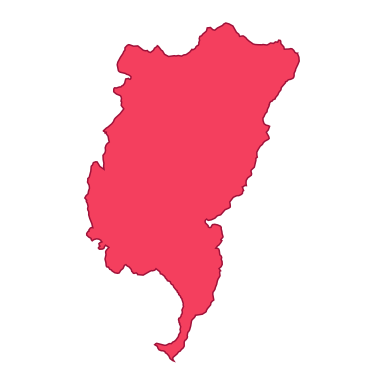 the district of Rastolita, Mures, Romania
{"feature_id": "2599482B10826612307233", "entity_name": "Rastolita", "entity_type": "district", "adm_level": 2, "iso_a3": "ROU", "parent_name": "Romania", "parent_adm1": "Mures", "projection": "mercator", "projection_center": [25.011, 47.006], "detail": "fine", "context": "isolated", "style": "filled", "palette": "rose", "viewbox_px": 384, "rotation_deg": 0, "n_neighbors": 0, "source": "geoboundaries", "source_scale": "gbopen_adm2", "svg_char_len": 5932}
<svg xmlns="http://www.w3.org/2000/svg" viewBox="0 0 384 384"><path d="M173.9,361.0L172.9,359.5L172.8,358.0L173.2,357.2L177.0,354.0L178.5,351.9L180.3,351.0L181.2,349.7L183.3,347.8L184.2,346.1L184.2,342.0L185.0,340.3L186.0,339.7L187.1,338.1L187.5,336.8L187.2,335.5L187.8,332.3L188.6,331.6L189.6,329.9L190.7,326.0L191.5,321.0L192.0,319.9L194.5,317.4L195.2,316.3L195.4,315.3L202.3,314.2L205.5,312.2L206.2,311.6L206.3,310.7L207.4,308.7L210.6,304.9L210.9,302.8L212.2,301.2L213.8,300.0L212.8,294.5L212.9,292.4L214.9,289.4L215.4,287.4L216.6,284.5L217.4,280.8L217.9,279.4L220.0,275.8L219.6,272.2L219.9,271.1L220.6,270.8L219.0,268.6L221.1,266.7L222.2,264.5L222.1,261.6L221.2,259.1L221.7,257.8L221.4,256.5L220.8,255.6L219.8,254.8L219.3,250.8L218.8,249.2L217.7,248.4L215.8,248.2L217.5,245.9L218.8,245.1L220.9,242.4L221.9,240.6L221.0,240.1L220.8,239.6L222.9,237.2L223.0,236.6L222.1,233.6L221.9,231.7L221.2,228.9L221.2,227.3L220.5,226.2L217.6,224.9L214.7,224.3L212.6,224.6L212.0,225.3L210.9,227.4L209.6,227.6L208.3,226.9L208.1,225.6L205.4,222.9L205.1,221.5L205.3,220.3L206.6,219.1L208.2,220.4L211.3,219.8L214.9,218.2L217.4,215.7L220.7,214.8L225.1,209.7L228.7,208.2L230.1,207.2L230.3,206.3L230.1,204.0L229.7,202.0L233.3,197.3L236.7,195.7L238.9,195.6L240.9,194.7L242.4,193.5L242.6,191.7L243.0,191.0L243.6,190.6L242.3,187.0L243.5,186.6L244.5,185.5L246.4,185.6L246.0,183.2L246.2,180.4L247.8,177.8L251.3,175.2L251.6,173.9L251.0,171.1L251.2,170.1L254.3,167.2L255.9,160.4L255.9,158.3L257.3,157.2L256.9,155.4L256.8,152.2L258.1,149.6L260.2,146.2L262.4,144.4L263.4,142.6L264.9,141.2L268.4,139.3L269.2,138.3L268.7,136.5L266.3,132.2L268.3,129.9L269.6,126.3L268.1,125.6L266.3,125.2L264.4,124.0L263.8,123.0L263.0,120.4L263.0,118.0L264.0,116.6L264.9,114.4L266.1,112.7L267.0,111.9L267.2,110.2L267.6,108.9L268.8,106.6L269.2,105.2L269.1,104.4L269.5,104.2L269.7,102.7L271.0,101.4L272.0,101.2L273.0,99.9L275.3,98.8L275.3,97.9L277.9,94.7L278.8,92.5L280.9,89.9L281.3,87.6L285.4,82.8L285.6,81.7L286.8,81.4L288.3,79.8L290.7,79.3L292.9,78.3L293.7,77.3L294.1,75.9L294.1,73.3L295.4,70.6L295.7,69.0L297.9,64.4L299.2,61.1L298.9,57.2L297.6,54.0L297.2,53.6L297.5,53.2L296.1,53.1L294.9,52.4L293.7,50.3L292.0,48.8L290.7,48.6L289.2,49.0L284.3,49.2L283.8,46.9L280.9,43.6L280.7,41.1L280.2,40.4L278.6,40.2L277.7,42.2L275.4,41.9L273.5,43.4L270.5,43.0L267.8,44.7L266.8,45.0L262.9,44.5L262.1,44.8L257.8,44.7L255.1,44.5L253.2,44.0L249.2,41.2L247.1,39.4L245.8,37.7L244.0,36.4L243.1,35.9L239.6,36.4L238.8,34.2L236.5,32.4L232.9,26.0L229.0,23.9L225.8,23.0L223.8,24.0L222.4,25.5L217.4,28.0L214.8,30.2L212.8,29.7L210.5,27.5L207.2,27.9L206.6,30.5L206.1,31.4L202.8,34.1L201.6,35.8L199.9,36.4L199.2,38.6L199.6,40.2L198.8,42.7L198.9,43.9L198.3,45.3L197.2,45.7L195.9,46.9L195.3,48.3L194.4,49.0L192.8,49.8L192.0,49.3L189.7,52.1L186.1,54.6L183.9,54.9L181.5,56.1L178.3,55.5L176.0,56.0L174.3,55.7L168.6,56.5L164.5,54.3L162.5,50.9L161.4,50.3L158.4,46.4L157.5,45.8L157.3,45.7L156.9,46.6L154.5,48.2L153.7,49.9L153.0,50.6L150.4,52.5L148.3,51.7L147.4,50.5L145.7,50.8L143.4,50.3L137.8,45.9L133.6,46.2L129.6,44.8L128.5,44.7L127.2,45.4L125.0,47.7L124.9,50.2L123.8,51.4L122.9,53.6L120.4,57.3L117.8,62.2L117.2,64.8L118.4,70.7L119.1,71.5L120.2,72.2L125.2,73.4L126.9,74.4L128.4,74.7L130.5,76.2L131.0,76.8L130.9,78.1L130.5,79.0L130.0,79.3L129.1,79.1L128.6,78.4L125.7,79.0L124.5,83.7L123.7,84.3L123.1,85.4L122.1,85.7L120.9,86.9L119.3,87.0L116.4,88.0L114.7,87.8L114.3,88.1L113.8,89.0L113.7,91.4L114.0,92.1L116.5,94.1L120.3,95.6L121.1,96.8L121.5,98.5L121.0,101.2L121.6,101.9L121.6,102.4L121.2,105.4L123.8,108.9L120.1,113.7L115.4,118.0L114.4,119.3L113.5,121.6L111.8,123.8L107.7,127.3L106.4,128.0L103.4,130.8L103.5,131.2L104.7,131.5L105.1,132.9L106.0,132.2L106.3,132.2L106.1,133.5L108.1,136.3L108.7,140.0L109.3,141.9L107.2,143.6L106.0,145.3L105.2,147.8L105.5,150.2L105.2,152.1L104.7,153.2L103.0,155.3L103.2,159.7L103.9,163.4L103.6,166.3L104.0,169.3L99.9,166.5L97.1,161.9L95.6,161.8L93.4,162.6L92.4,165.2L91.4,166.0L91.2,166.5L90.8,171.2L89.3,176.9L89.1,177.4L87.8,178.5L87.8,180.3L87.5,182.1L89.1,185.2L89.4,187.1L89.4,188.7L88.7,190.3L88.2,192.6L88.2,193.6L86.0,195.8L84.8,198.0L86.7,200.2L86.2,200.9L86.6,202.1L87.2,202.9L88.1,206.3L87.6,208.8L87.9,210.2L88.6,211.3L88.8,213.2L88.7,214.8L89.8,218.6L91.8,223.5L92.8,227.7L91.9,227.5L90.4,228.0L88.9,230.0L88.9,231.2L88.1,231.4L86.7,233.4L86.7,235.1L88.8,237.1L90.8,238.2L91.2,238.8L91.2,239.6L92.2,240.8L93.8,239.6L96.6,238.8L99.0,239.2L100.9,240.3L101.3,241.5L101.8,241.9L100.1,242.6L98.9,243.6L99.3,245.4L100.0,246.1L98.5,247.5L98.4,248.1L99.4,249.2L102.2,249.1L103.5,248.6L104.1,248.0L104.3,247.0L105.6,245.2L108.9,247.4L106.1,250.6L105.6,251.9L106.0,254.7L105.0,259.0L105.9,262.7L106.2,265.6L106.4,266.3L107.0,267.0L108.4,267.1L109.8,269.3L111.5,270.0L112.0,270.9L114.9,272.8L117.7,273.3L119.2,272.9L120.8,270.3L123.0,268.5L124.4,265.4L125.9,264.6L127.1,265.9L129.2,267.0L131.3,269.5L131.7,271.3L132.5,272.0L133.3,273.2L134.0,273.4L136.2,272.9L137.4,273.7L137.6,274.6L143.2,275.1L150.0,271.2L151.6,270.6L152.3,270.8L154.1,270.4L155.1,269.9L156.0,268.7L159.8,271.7L160.4,273.8L162.0,274.2L164.9,276.6L165.1,277.6L166.9,279.6L167.4,280.7L169.7,281.4L170.4,281.9L170.5,282.8L171.4,284.2L173.0,285.1L173.8,287.1L176.1,290.0L177.1,290.6L177.0,291.2L177.4,292.2L178.7,293.3L178.7,294.5L180.5,296.3L180.7,297.4L181.9,298.8L181.9,299.3L183.3,303.5L183.1,304.9L183.5,306.5L181.9,310.1L182.2,311.0L182.3,313.0L181.8,314.2L181.3,314.8L181.0,316.3L179.8,318.0L178.8,318.3L178.5,319.8L179.0,321.2L178.9,322.1L179.8,323.2L179.5,323.8L179.6,324.2L179.9,324.6L180.7,326.7L180.0,329.8L180.4,330.6L180.4,332.4L179.6,333.3L178.6,335.1L178.7,335.5L178.3,336.7L176.2,339.7L174.5,341.3L172.7,342.1L171.4,343.6L169.2,343.6L166.2,345.2L164.6,345.3L156.7,343.3L155.8,343.7L154.7,344.7L157.3,346.3L157.9,348.1L159.0,349.8L161.2,350.7L163.3,350.8L165.0,351.7L165.4,352.8L166.7,353.5L168.8,355.8L170.1,358.6L172.6,360.5L173.9,361.0Z" fill="#f43f5e" stroke="#9f1239" stroke-width="1.5"/></svg>